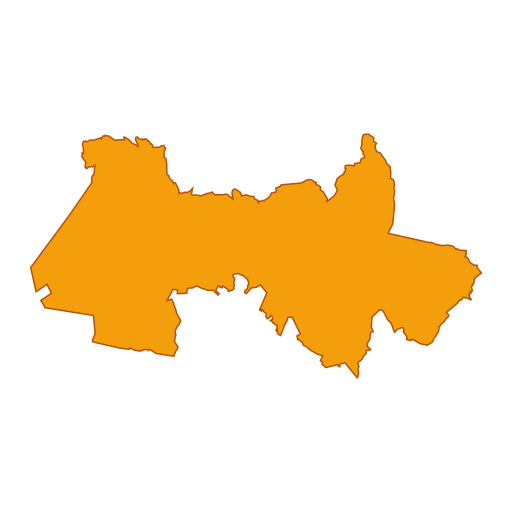 Tlaxco, Tlaxcala, Mexico (Albers equal-area conic projection)
{"feature_id": "50627088B58277069964164", "entity_name": "Tlaxco", "entity_type": "district", "adm_level": 2, "iso_a3": "MEX", "parent_name": "Mexico", "parent_adm1": "Tlaxcala", "projection": "albers", "projection_center": [-98.132, 19.62], "detail": "fine", "context": "isolated", "style": "filled", "palette": "amber", "viewbox_px": 512, "rotation_deg": 0, "n_neighbors": 0, "source": "geoboundaries", "source_scale": "gbopen_adm2", "svg_char_len": 6077}
<svg xmlns="http://www.w3.org/2000/svg" viewBox="0 0 512 512"><path d="M68.7,216.1L30.7,267.6L36.1,291.7L47.0,284.3L51.4,293.3L40.8,300.4L44.6,306.6L44.8,307.7L93.2,315.4L93.7,317.5L95.1,333.7L92.3,340.4L92.8,341.9L118.8,347.9L129.3,349.4L130.0,348.1L134.9,350.3L140.2,351.1L144.3,349.5L148.1,349.8L148.4,350.4L149.5,349.3L156.3,353.5L173.9,356.2L175.9,350.8L176.9,349.9L178.0,347.1L174.1,340.9L174.9,339.9L175.0,337.6L175.9,334.7L175.1,332.9L175.3,330.8L177.2,326.4L178.6,325.2L180.8,320.8L176.7,313.4L175.6,309.0L174.0,305.2L173.7,303.2L171.6,299.1L166.9,300.7L173.1,289.3L177.5,290.1L177.3,293.7L186.7,293.3L187.4,288.5L190.8,287.9L192.0,288.1L195.8,286.3L197.5,286.1L203.0,289.0L204.6,288.9L207.1,290.2L210.4,290.4L212.4,289.9L218.0,295.0L219.2,293.6L216.9,292.0L216.1,290.6L216.2,289.2L217.5,287.5L218.0,285.8L219.3,286.0L219.4,286.8L222.0,287.9L223.0,286.0L227.9,289.4L228.4,291.5L231.3,290.3L231.8,290.5L233.9,288.9L233.8,287.2L234.2,285.8L233.9,284.8L234.4,284.3L233.6,282.4L234.6,280.8L234.5,279.5L234.8,279.1L234.6,278.1L233.6,277.6L232.8,275.4L233.4,274.2L238.6,273.5L239.7,274.4L242.3,275.2L243.9,276.5L245.4,277.1L245.9,278.4L247.6,279.4L248.9,283.8L248.1,284.7L247.3,288.5L246.6,289.5L245.2,290.3L244.4,291.7L244.9,292.8L246.3,293.7L251.5,287.9L256.2,287.3L260.3,284.9L266.8,292.7L259.3,310.6L259.8,309.8L262.1,311.5L261.1,309.4L262.8,309.8L264.1,312.2L265.8,313.1L266.2,313.7L266.4,314.4L265.8,316.5L267.4,318.8L269.8,317.5L270.6,315.5L272.2,316.5L272.7,319.4L270.3,320.4L273.0,322.4L273.2,323.1L274.1,323.2L274.8,324.2L277.4,325.9L276.8,328.0L277.3,328.7L276.5,329.5L277.3,329.4L277.4,330.8L276.7,330.5L276.4,330.8L277.5,332.1L277.4,333.0L277.8,333.6L280.4,335.5L281.0,334.7L285.2,323.7L286.9,321.0L287.9,317.2L292.2,317.2L300.3,333.9L297.0,336.0L297.7,339.7L299.3,339.6L300.3,341.0L302.3,342.4L303.2,345.1L306.7,346.9L310.2,350.1L317.5,354.2L322.6,355.7L320.4,360.8L322.6,362.4L322.0,364.1L325.8,367.6L337.6,364.6L338.1,365.3L338.1,366.2L339.9,366.7L339.9,364.8L340.2,364.0L344.9,362.7L357.2,377.8L357.7,377.5L358.7,373.1L358.1,369.0L358.9,366.4L358.1,364.1L358.3,362.5L359.0,361.5L361.0,360.3L362.5,358.4L363.1,356.6L366.2,353.5L366.3,350.5L370.6,349.8L370.0,348.5L368.4,347.6L367.0,345.6L367.5,345.1L367.3,343.5L369.8,339.1L370.6,332.7L370.9,332.3L373.3,331.5L371.2,327.1L372.1,317.1L379.6,309.8L381.8,310.2L383.2,311.0L387.7,319.9L390.0,321.8L392.3,326.0L394.0,331.3L394.8,332.4L396.3,330.4L398.1,328.7L399.1,328.7L401.9,327.5L403.2,328.1L403.7,328.7L403.7,331.4L403.3,332.0L406.3,335.7L407.1,338.4L406.5,339.5L410.3,340.5L410.6,340.0L411.5,340.2L412.3,339.2L420.2,343.7L427.4,345.2L432.5,342.0L433.9,338.4L435.8,336.2L436.7,334.1L438.0,332.7L438.9,330.0L439.0,326.9L440.0,326.1L440.9,324.4L443.8,322.2L445.9,319.0L448.5,316.5L448.6,314.7L446.3,312.6L457.5,303.1L459.8,299.9L460.2,300.2L461.8,299.7L462.9,297.5L464.8,297.3L465.7,298.2L467.0,298.0L468.8,298.5L469.4,299.4L470.6,299.9L471.2,299.5L469.6,297.2L469.1,295.6L469.5,295.2L468.9,294.7L470.4,293.0L470.3,292.1L471.0,292.7L471.1,291.4L472.5,291.0L471.5,287.6L472.1,285.2L472.8,285.1L472.9,284.2L473.4,284.2L473.8,283.2L474.2,281.0L474.0,279.3L474.6,279.1L474.6,278.4L481.2,273.2L481.3,272.7L477.8,268.5L477.1,266.7L477.2,265.3L474.2,265.2L469.8,262.4L468.3,258.9L466.4,256.9L465.6,257.2L465.1,256.8L465.1,256.1L466.3,254.0L465.6,252.8L466.3,251.7L466.3,250.6L459.8,250.2L456.7,248.7L456.0,248.6L455.6,249.0L453.7,246.6L451.1,245.7L450.1,245.8L449.6,245.4L447.6,245.0L444.1,245.6L443.4,245.1L441.9,245.8L439.4,244.9L436.9,244.8L431.4,242.3L430.5,242.6L428.4,242.4L388.1,233.3L392.7,224.1L394.6,205.5L393.6,198.0L394.6,191.4L393.8,186.8L394.5,185.4L394.2,182.3L393.2,179.7L390.6,178.2L390.8,171.9L390.3,169.4L390.3,166.9L386.8,163.6L385.5,160.4L380.0,152.7L376.8,151.8L375.5,148.8L375.0,145.7L376.5,143.4L375.3,142.2L374.2,142.0L373.6,141.0L373.6,137.6L368.5,134.2L364.6,134.3L363.1,135.1L362.1,138.3L361.7,145.0L360.8,148.6L362.6,151.3L363.4,151.8L362.9,153.8L364.6,155.6L364.5,156.8L363.7,157.8L361.2,158.9L360.1,162.7L354.8,163.5L354.3,165.7L348.8,165.1L345.4,165.6L345.0,168.2L345.8,168.5L345.1,171.2L343.9,172.6L344.2,173.4L337.3,178.3L335.0,185.2L337.3,189.9L336.8,191.5L334.3,195.7L326.2,202.2L327.2,200.6L327.3,198.7L323.4,192.0L320.3,189.9L320.6,188.2L320.4,186.9L318.8,185.6L315.9,184.4L316.3,182.4L314.4,182.6L314.2,181.5L311.6,179.9L308.6,179.6L306.9,180.0L301.3,183.0L281.3,184.8L279.7,186.7L278.6,186.8L277.5,187.8L276.1,187.8L275.9,188.7L276.4,191.1L276.1,192.3L274.9,192.0L273.7,192.9L271.7,192.8L270.3,195.6L267.6,198.5L265.3,199.5L264.3,200.8L262.5,200.4L261.4,201.3L259.4,201.2L259.2,202.4L258.3,202.8L257.9,200.5L255.1,199.1L254.2,198.2L254.0,196.9L253.4,196.5L249.9,196.2L246.6,194.8L241.7,195.9L240.3,192.3L235.3,189.1L233.6,189.3L232.3,191.1L232.0,193.0L232.8,198.9L227.3,194.4L226.1,194.0L223.4,194.6L214.8,194.8L212.0,192.0L209.6,193.1L208.1,193.2L200.7,195.8L196.1,195.0L192.6,195.0L191.4,194.5L192.5,188.4L190.7,190.5L187.6,192.4L185.2,192.2L181.4,193.4L180.5,193.0L178.8,193.5L179.3,192.5L178.8,192.2L178.8,189.8L175.4,182.8L173.5,182.9L173.4,183.3L172.6,181.1L171.2,180.0L169.5,178.0L168.8,175.6L166.9,174.1L166.7,163.4L166.1,160.5L166.1,159.0L164.2,157.3L164.1,152.0L165.5,148.3L165.4,147.8L164.4,147.1L163.9,145.4L161.5,145.8L159.4,147.2L153.0,147.4L152.6,145.5L151.6,144.0L151.2,143.7L150.4,144.1L150.4,143.2L148.6,140.9L147.6,140.8L147.1,139.6L146.3,139.0L144.3,139.0L144.1,139.7L142.9,139.8L142.6,139.2L141.9,139.6L139.1,138.7L137.4,137.0L136.2,137.1L135.7,137.5L135.8,138.7L135.5,139.6L137.5,143.9L138.2,147.6L137.3,145.7L132.1,143.2L129.2,139.9L125.5,137.5L123.9,137.1L124.5,139.7L116.0,140.0L115.2,140.6L109.2,136.2L105.2,135.4L105.2,136.1L103.0,136.0L101.0,138.8L100.6,137.8L93.1,140.4L90.5,139.9L87.7,141.5L87.0,141.7L85.7,141.1L83.5,141.4L82.4,144.3L83.4,148.4L83.3,153.4L82.0,153.2L82.1,155.2L81.8,155.9L81.8,156.6L82.7,157.4L82.8,158.4L85.8,162.2L85.2,164.8L85.3,166.6L85.7,166.8L85.2,167.5L86.5,168.6L89.0,166.8L92.6,166.9L94.8,165.3L94.0,174.0L92.3,176.0L91.6,178.8L91.9,180.5L91.8,182.8L68.7,216.1Z" fill="#f59e0b" stroke="#b45309" stroke-width="1.5"/></svg>